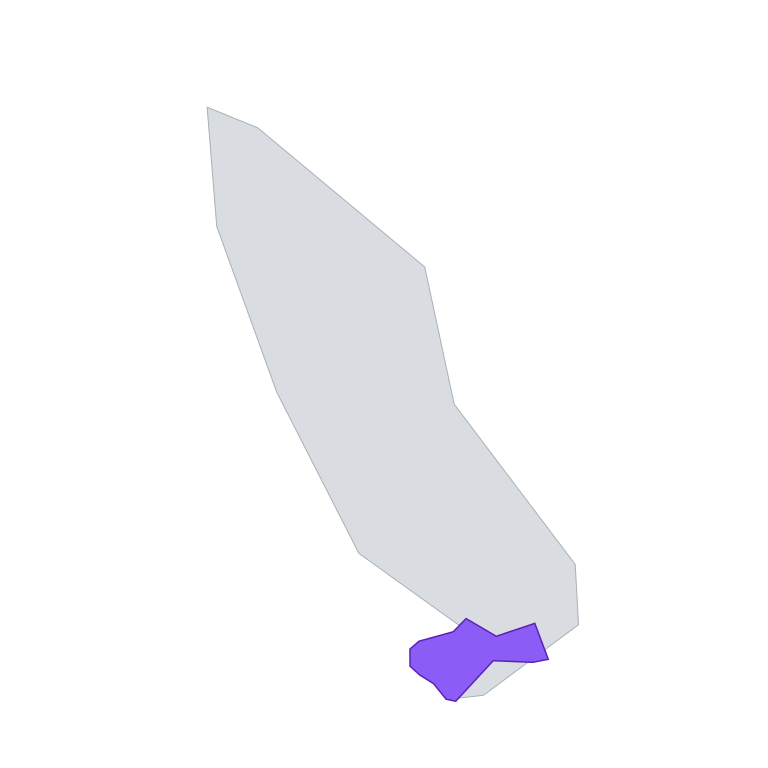 where Al Manāmah sits in Bahrain, rotated 156°
{"feature_id": "BHR-4929", "entity_name": "Al Manāmah", "entity_type": "Governorate", "adm_level": 1, "iso_a3": "BHR", "parent_name": "Bahrain", "parent_adm1": "", "projection": "natural_earth1", "projection_center": [50.561, 26.218], "detail": "fine", "context": "in_parent", "style": "filled", "palette": "violet", "viewbox_px": 768, "rotation_deg": 156, "n_neighbors": 0, "source": "natural_earth", "source_scale": "10m", "svg_char_len": 582}
<svg xmlns="http://www.w3.org/2000/svg" viewBox="0 0 768 768"><g transform="rotate(156 384 384)"><path d="M472.7,596.0L433.0,708.8L395.1,669.3L299.2,474.3L328.1,337.0L282.7,141.4L304.2,85.0L419.7,59.2L446.5,67.6L412.0,130.3L475.8,239.4L485.3,419.9L472.7,596.0Z" fill="#d9dde1" stroke="#a8b0b8" stroke-width="1"/><path d="M345.9,65.7L361.2,69.2L380.8,78.9L396.8,86.8L447.5,65.0L455.5,70.8L460.6,90.1L469.6,103.4L472.3,109.5L475.0,115.6L468.1,131.3L456.5,134.8L421.6,129.5L404.4,136.3L384.1,107.9L343.6,104.0L345.9,65.7Z" fill="#8b5cf6" stroke="#5b21b6" stroke-width="1.5"/></g></svg>